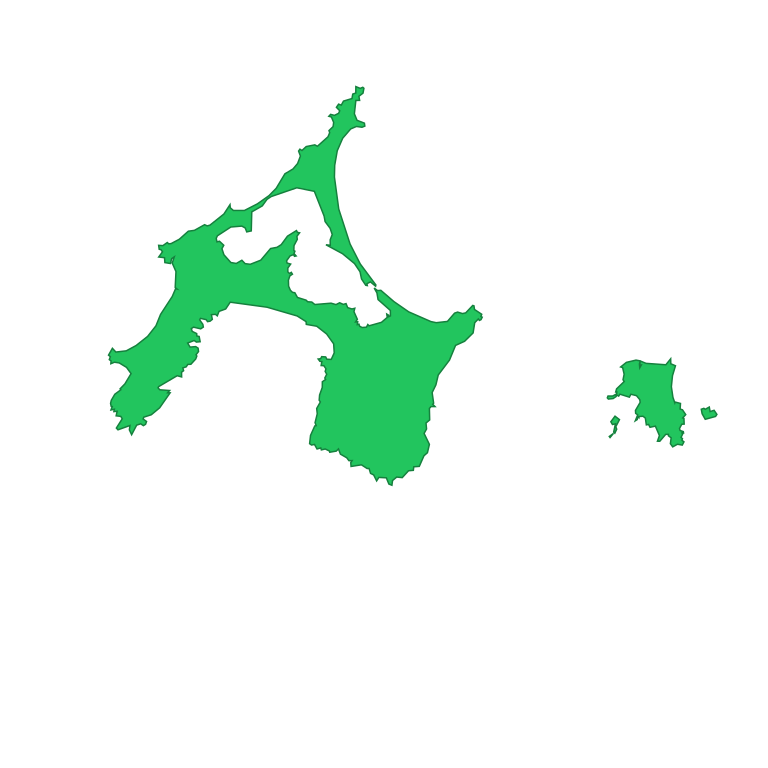 Chatham Islands Territory, New Zealand, rotated 315°
{"feature_id": "76426892B18906871273548", "entity_name": "Chatham Islands Territory", "entity_type": "district", "adm_level": 2, "iso_a3": "NZL", "parent_name": "New Zealand", "parent_adm1": "", "projection": "equal_earth", "projection_center": [-176.482, -44.024], "detail": "fine", "context": "isolated", "style": "filled", "palette": "green", "viewbox_px": 768, "rotation_deg": 315, "n_neighbors": 0, "source": "geoboundaries", "source_scale": "gbopen_adm2", "svg_char_len": 6175}
<svg xmlns="http://www.w3.org/2000/svg" viewBox="0 0 768 768"><g transform="rotate(315 384 384)"><path d="M322.7,126.6L320.3,129.8L321.3,131.3L320.8,133.9L314.5,134.9L318.1,139.5L314.9,143.2L318.2,147.8L322.5,145.2L325.6,145.8L319.8,148.7L316.4,157.4L304.6,168.1L304.8,170.6L303.9,169.3L296.1,172.4L275.2,176.8L263.9,181.6L250.5,183.2L235.9,181.5L225.2,178.3L217.0,171.8L217.2,166.7L209.6,168.8L209.8,171.2L207.0,172.5L207.3,174.7L205.2,176.5L208.8,178.0L211.7,181.9L213.7,190.2L212.5,197.8L200.9,200.7L194.0,200.8L193.8,202.0L186.4,200.9L179.6,202.7L176.9,204.4L175.3,206.9L175.9,207.8L172.6,209.3L175.5,211.2L173.5,212.5L176.0,214.6L172.1,217.1L175.0,220.8L174.3,223.5L163.6,225.9L163.5,228.3L175.0,233.7L171.5,236.4L169.7,241.4L180.0,238.2L183.8,240.1L184.4,243.3L186.9,243.9L189.6,242.6L188.9,238.4L190.7,237.6L197.7,241.2L208.5,242.2L226.5,239.0L224.8,237.2L227.8,237.0L221.4,229.6L221.5,226.9L222.8,226.5L243.6,231.9L245.9,235.9L249.2,232.5L251.7,232.9L253.1,230.4L256.3,232.0L259.1,231.4L261.4,233.5L268.5,233.2L271.4,231.9L271.8,230.4L275.8,229.9L277.9,227.2L277.3,224.4L273.0,220.8L274.1,216.2L280.5,219.0L281.0,221.7L283.9,224.1L286.9,219.7L285.6,217.7L287.2,215.9L285.6,211.2L286.9,208.6L289.5,209.1L293.4,215.4L296.5,216.0L298.1,213.7L299.0,208.3L300.6,207.8L303.8,212.8L303.3,215.1L305.4,216.6L308.3,216.9L311.0,212.9L314.1,215.6L314.3,217.9L318.7,216.0L325.1,219.0L333.1,217.4L355.6,247.0L370.7,274.5L373.0,284.8L371.2,286.9L377.3,295.6L378.8,308.1L376.8,320.0L370.8,326.8L364.1,329.3L361.1,326.1L361.9,323.6L359.3,320.6L357.1,321.3L355.1,319.8L354.7,322.6L355.9,324.2L352.6,326.5L354.4,328.5L353.7,332.2L351.3,333.5L350.4,336.6L346.4,337.9L345.9,339.5L342.0,338.8L337.9,342.8L330.7,346.2L326.7,349.6L326.3,351.7L319.1,353.7L315.7,357.9L307.9,362.6L306.6,365.5L305.4,364.7L295.7,368.4L289.2,373.6L289.6,375.9L292.1,377.6L290.7,382.6L294.1,384.5L293.1,386.3L296.5,388.4L298.0,392.7L297.4,393.9L302.8,397.7L305.9,397.7L303.6,402.8L305.5,409.8L305.0,413.4L307.3,415.6L304.9,416.1L302.4,419.0L310.9,425.2L312.3,431.8L313.7,433.2L311.3,437.7L312.4,441.0L310.3,447.3L314.3,446.4L319.3,452.0L316.7,458.2L318.0,461.2L321.8,458.3L327.2,458.8L330.7,463.1L340.0,462.7L343.7,465.8L346.5,463.6L350.7,467.2L361.5,463.0L366.1,463.3L373.4,458.8L377.4,447.3L382.3,445.9L386.1,441.3L390.9,441.7L398.8,433.4L401.2,433.2L404.1,436.0L404.1,432.8L405.5,432.7L412.0,424.1L420.1,421.3L428.7,416.0L447.2,413.4L461.9,407.3L471.2,410.8L483.1,410.9L491.5,404.8L496.7,404.7L496.4,406.5L498.1,407.1L500.7,406.2L500.2,404.8L502.4,403.8L500.7,395.3L502.9,392.3L502.3,391.2L492.1,391.5L489.3,389.7L486.9,385.2L484.0,383.8L473.1,384.6L464.3,377.6L461.3,373.0L452.5,350.5L449.3,332.8L448.0,315.5L445.5,313.4L444.9,309.2L443.4,314.6L439.5,320.1L440.5,336.5L436.7,340.4L433.9,339.3L435.9,338.6L435.4,336.5L433.4,339.2L425.8,338.6L414.6,332.3L414.6,330.5L411.8,331.4L408.5,328.6L407.6,326.0L408.6,324.0L407.1,323.1L409.4,321.4L407.8,320.0L410.9,319.4L413.9,311.6L416.9,309.8L414.4,308.3L412.3,304.3L414.0,300.3L411.5,298.9L410.1,295.2L406.2,293.9L403.7,289.4L391.3,278.9L390.9,275.0L388.2,271.9L388.2,269.6L384.0,261.6L385.5,256.4L384.1,254.5L384.1,251.5L385.7,247.4L389.8,243.0L393.9,241.0L396.9,241.6L397.4,239.5L395.3,239.1L395.3,236.7L398.0,234.0L402.8,233.2L401.0,229.9L402.2,228.0L408.1,227.0L411.5,228.5L411.0,230.4L412.4,231.3L412.6,228.1L414.9,227.1L414.6,225.9L418.2,222.5L425.0,220.4L426.8,218.0L431.2,217.4L430.0,215.6L430.6,213.6L420.3,211.2L409.9,212.8L405.0,211.7L399.6,208.0L384.4,209.3L374.1,204.8L370.9,200.7L371.0,196.0L364.8,194.3L361.6,189.8L362.2,179.4L365.1,173.7L368.8,172.6L368.6,166.7L366.4,165.4L368.3,162.4L371.0,161.4L386.7,164.7L395.1,171.8L396.2,175.5L394.5,179.4L398.4,181.9L412.2,168.8L423.9,172.0L431.8,170.7L436.8,171.7L461.1,183.6L471.0,198.5L460.4,222.9L457.2,227.5L456.0,235.8L453.1,241.7L447.9,244.0L444.1,247.9L441.4,244.5L446.8,262.5L448.3,278.0L446.4,287.7L442.4,293.8L440.9,301.3L441.8,302.6L442.8,301.0L446.6,302.2L447.2,308.9L448.3,308.2L452.1,282.3L459.0,261.0L475.7,228.3L495.3,202.6L503.8,194.5L515.9,186.0L528.6,181.0L540.8,180.1L546.6,182.4L550.0,186.9L552.8,188.1L554.6,185.7L551.4,178.5L554.1,172.0L564.6,163.6L567.3,166.2L569.7,162.8L574.8,163.5L578.9,160.7L578.8,159.2L576.2,158.1L574.4,153.8L569.8,158.3L566.9,156.9L563.2,159.5L555.4,155.3L551.0,156.6L549.8,154.0L546.0,154.7L545.9,159.5L543.3,160.5L538.9,159.0L536.9,155.6L534.3,155.7L535.6,158.0L533.4,163.4L530.0,166.0L524.3,165.9L523.3,167.9L519.2,169.6L505.0,168.8L504.2,166.0L496.9,161.1L491.1,160.9L490.6,158.5L488.3,158.9L486.1,163.7L478.8,167.0L471.7,167.6L462.6,165.3L446.1,169.4L435.9,169.5L421.9,167.1L408.0,162.6L400.2,154.8L399.9,150.7L401.9,148.3L391.0,150.6L373.3,148.6L370.8,147.2L369.8,144.5L358.6,141.3L353.7,137.6L341.6,136.9L332.8,134.2L330.9,132.7L330.8,130.7L325.5,129.8L322.7,126.6ZM570.7,540.1L563.4,539.3L564.3,541.2L560.7,546.9L556.0,550.0L555.6,552.1L545.0,551.9L542.2,553.5L543.0,554.2L541.6,555.5L537.2,554.2L533.9,550.9L532.1,551.7L532.0,553.3L535.7,556.3L539.3,557.0L540.5,555.9L541.4,558.5L543.6,558.0L548.2,566.8L551.3,565.8L554.3,570.8L553.8,575.9L552.2,578.1L543.1,580.5L541.2,582.7L541.6,585.2L535.7,587.7L537.9,588.2L540.5,586.3L540.4,588.1L541.4,587.4L544.3,589.9L544.7,592.9L540.6,598.4L542.5,599.7L541.5,602.7L546.1,605.7L542.3,615.2L536.9,617.8L538.5,619.5L547.6,618.8L549.5,620.7L548.5,621.7L549.0,625.1L544.3,628.7L543.7,632.6L548.9,634.1L551.7,638.1L555.2,637.0L554.9,634.4L556.4,633.7L556.3,631.8L560.5,630.3L559.8,628.6L561.2,630.4L562.0,629.3L560.5,626.2L561.5,624.4L566.1,623.0L567.9,624.6L571.7,620.5L571.2,619.2L575.7,619.0L576.8,613.3L575.7,611.1L579.9,607.4L577.1,602.6L576.3,603.0L578.9,597.7L585.3,589.1L593.9,582.1L603.0,577.2L601.1,572.5L604.5,568.9L596.9,569.7L583.9,554.7L581.5,549.0L578.1,551.5L579.4,552.5L576.3,553.4L578.8,550.4L581.5,548.8L579.1,545.3L570.7,540.1ZM590.5,626.2L587.9,630.0L586.2,636.1L595.5,641.4L597.9,640.9L598.8,636.0L595.1,634.1L597.7,630.3L593.2,629.0L593.0,627.4L590.5,626.2ZM524.6,570.1L517.7,571.1L516.9,574.2L519.5,575.8L512.4,580.4L512.4,582.0L516.6,580.5L517.7,578.1L525.3,575.7L524.6,570.1ZM511.3,581.2L506.2,580.4L506.0,581.7L511.3,581.2Z" fill="#22c55e" stroke="#15803d" stroke-width="1.5"/></g></svg>